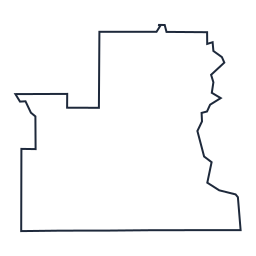 Franklin, Idaho, United States of America
{"feature_id": "52423323B56799864768265", "entity_name": "Franklin", "entity_type": "district", "adm_level": 2, "iso_a3": "USA", "parent_name": "United States of America", "parent_adm1": "Idaho", "projection": "equal_earth", "projection_center": [-111.772, 42.214], "detail": "fine", "context": "isolated", "style": "outline", "palette": "slate", "viewbox_px": 256, "rotation_deg": 0, "n_neighbors": 0, "source": "geoboundaries", "source_scale": "gbopen_adm2", "svg_char_len": 656}
<svg xmlns="http://www.w3.org/2000/svg" viewBox="0 0 256 256"><path d="M21.2,231.1L56.7,230.7L81.2,230.6L91.8,230.6L106.2,230.6L152.0,230.2L156.1,230.2L240.6,230.1L237.9,197.2L235.6,194.4L219.2,190.3L207.3,182.7L211.6,162.2L204.1,156.5L197.4,131.0L202.0,121.4L201.6,112.9L207.0,111.5L210.1,104.7L220.7,98.1L211.8,92.8L213.4,82.3L211.1,74.8L224.3,62.6L221.9,57.1L213.4,51.0L212.6,42.2L207.2,43.9L207.1,32.2L166.5,31.9L164.7,25.0L158.2,24.9L160.3,25.8L156.5,31.8L106.6,31.8L99.4,31.8L98.9,107.8L67.1,107.7L67.2,93.9L15.4,94.1L20.0,101.6L25.5,101.3L30.9,112.7L35.4,116.4L35.6,149.1L21.4,148.9L21.2,231.1Z" fill="none" stroke="#1e293b" stroke-width="2"/></svg>